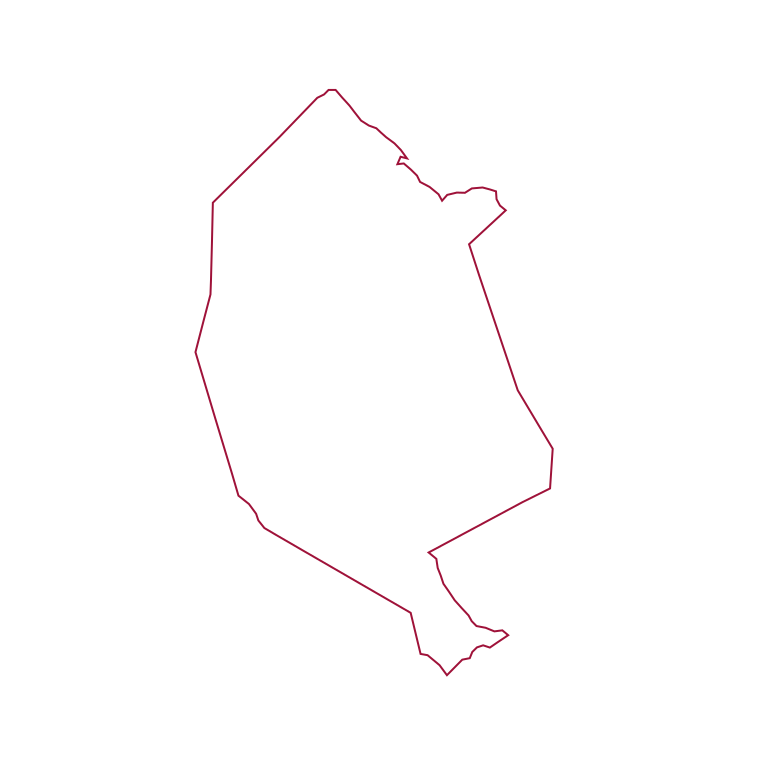 the district of Potengi, Ceará, Brazil, rotated 69°
{"feature_id": "56859067B77069723419317", "entity_name": "Potengi", "entity_type": "district", "adm_level": 2, "iso_a3": "BRA", "parent_name": "Brazil", "parent_adm1": "Ceará", "projection": "orthographic", "projection_center": [-40.027, -7.067], "detail": "fine", "context": "isolated", "style": "outline", "palette": "rose", "viewbox_px": 768, "rotation_deg": 69, "n_neighbors": 0, "source": "geoboundaries", "source_scale": "gbopen_adm2", "svg_char_len": 1193}
<svg xmlns="http://www.w3.org/2000/svg" viewBox="0 0 768 768"><g transform="rotate(69 384 384)"><path d="M649.1,446.6L652.8,440.5L666.4,432.9L678.4,429.6L669.4,409.7L670.7,402.2L665.8,397.6L663.2,391.6L663.5,385.1L668.0,379.6L665.8,370.4L663.0,358.1L656.4,361.8L654.5,369.6L648.0,376.5L643.1,384.4L636.9,387.1L630.4,388.0L620.7,391.9L611.3,395.5L601.1,397.8L591.8,400.1L583.1,399.7L575.0,399.8L566.0,397.8L557.3,402.7L543.9,296.8L541.0,266.4L504.9,249.7L484.5,253.3L437.8,261.4L316.2,256.2L284.0,254.5L265.5,208.1L259.0,211.8L251.8,212.7L244.3,210.4L240.4,215.3L235.9,221.5L232.9,231.9L234.5,239.9L231.4,247.4L230.1,257.2L233.7,264.1L226.4,265.1L216.4,270.8L208.3,277.9L201.3,278.5L193.4,282.1L185.2,286.5L183.6,292.7L177.8,287.1L181.6,281.7L171.6,284.4L163.1,288.0L154.3,293.6L148.1,296.8L142.5,299.5L137.3,305.5L129.9,311.0L119.1,314.3L111.6,316.5L101.6,320.4L92.1,323.8L89.6,330.4L92.2,336.2L92.9,343.7L116.0,393.2L135.1,436.9L153.4,478.8L189.5,493.6L225.5,508.5L238.2,513.9L260.9,530.2L286.7,548.6L354.9,553.8L412.8,558.0L436.1,559.9L447.6,553.1L459.3,549.9L466.4,550.2L475.6,547.3L486.3,538.8L509.6,520.0L607.2,441.1L649.1,446.6Z" fill="none" stroke="#9f1239" stroke-width="2"/></g></svg>